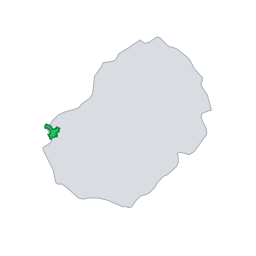 Dojran, Dojran, North Macedonia (highlighted), rotated 150°
{"feature_id": "65306769B30499724495111", "entity_name": "Dojran", "entity_type": "district", "adm_level": 2, "iso_a3": "MKD", "parent_name": "North Macedonia", "parent_adm1": "Dojran", "projection": "albers", "projection_center": [22.692, 41.225], "detail": "fine", "context": "in_parent", "style": "filled", "palette": "green", "viewbox_px": 256, "rotation_deg": 150, "n_neighbors": 0, "source": "geoboundaries", "source_scale": "gbopen_adm2", "svg_char_len": 2208}
<svg xmlns="http://www.w3.org/2000/svg" viewBox="0 0 256 256"><g transform="rotate(150 128 128)"><path d="M117.4,67.9L121.2,68.4L129.6,66.1L134.9,62.9L137.6,62.4L141.1,61.2L146.2,61.4L151.3,62.9L157.9,61.0L164.4,57.9L167.0,58.7L169.7,61.4L171.6,62.1L182.2,76.1L188.1,81.7L195.0,86.0L202.9,89.2L205.8,92.2L210.8,107.0L213.3,112.6L216.6,114.3L217.5,115.9L217.6,118.0L213.9,128.5L212.4,151.8L211.4,153.7L207.4,153.6L202.1,154.1L200.1,155.9L198.0,168.5L189.5,172.1L181.7,174.1L175.1,173.6L163.6,170.6L159.9,170.3L156.7,171.9L146.4,172.8L141.9,174.9L131.1,189.5L120.3,194.5L116.6,197.0L108.4,193.6L104.5,193.2L98.8,196.9L86.3,197.1L82.9,197.7L73.3,198.1L72.9,196.0L71.2,193.0L66.8,191.6L57.6,192.5L55.4,190.3L51.9,177.8L49.0,175.7L45.8,171.4L40.6,157.7L40.6,151.8L41.1,146.6L38.4,134.4L40.4,131.3L43.2,129.5L43.4,124.6L42.8,117.1L46.5,102.6L47.4,101.6L48.3,102.3L56.4,103.7L58.5,101.9L59.9,99.0L60.6,88.3L62.6,83.4L82.4,74.5L88.1,74.2L92.5,78.6L95.9,81.4L98.0,81.4L98.8,78.6L101.3,73.3L105.3,70.3L117.2,67.9L117.4,67.9Z" fill="#d9dde1" stroke="#a8b0b8" stroke-width="1"/><path d="M193.8,168.0L194.0,168.1L194.3,168.4L194.5,168.7L194.6,169.1L194.7,169.3L195.0,169.7L195.3,170.0L195.8,170.6L196.1,171.0L196.3,171.2L196.4,171.4L196.6,171.7L196.8,171.9L197.0,172.2L197.6,171.7L197.9,171.7L198.2,171.6L198.4,171.6L198.5,171.5L198.7,171.2L199.3,170.3L199.6,169.9L199.7,169.0L198.6,168.9L197.9,168.2L197.8,167.6L197.5,167.4L197.5,167.0L197.0,166.4L196.7,163.8L197.6,162.8L197.7,162.2L199.4,161.8L200.4,162.2L200.5,160.7L200.5,160.2L200.3,159.8L200.2,159.5L200.3,159.2L200.6,158.7L200.7,158.4L200.9,157.8L200.9,157.7L200.7,157.5L200.6,157.4L200.4,157.4L200.3,156.8L199.6,157.5L199.2,157.6L198.0,157.3L197.4,157.4L196.3,156.8L195.6,157.2L194.7,157.1L194.5,156.4L193.8,156.1L193.6,157.1L193.1,157.0L192.8,157.4L192.9,157.6L193.1,157.5L193.2,157.8L193.3,158.9L192.4,159.0L191.2,159.5L190.8,159.3L190.3,159.7L189.5,159.5L189.4,160.2L188.5,161.5L187.5,161.6L187.4,161.8L187.7,162.3L188.5,162.8L188.4,163.1L189.1,164.2L189.3,163.9L189.8,164.0L190.1,163.8L191.7,163.9L191.8,163.5L193.7,164.5L193.8,165.1L194.2,165.2L194.2,165.4L194.0,166.6L194.2,167.2L193.8,168.0Z" fill="#22c55e" stroke="#15803d" stroke-width="1.5"/></g></svg>